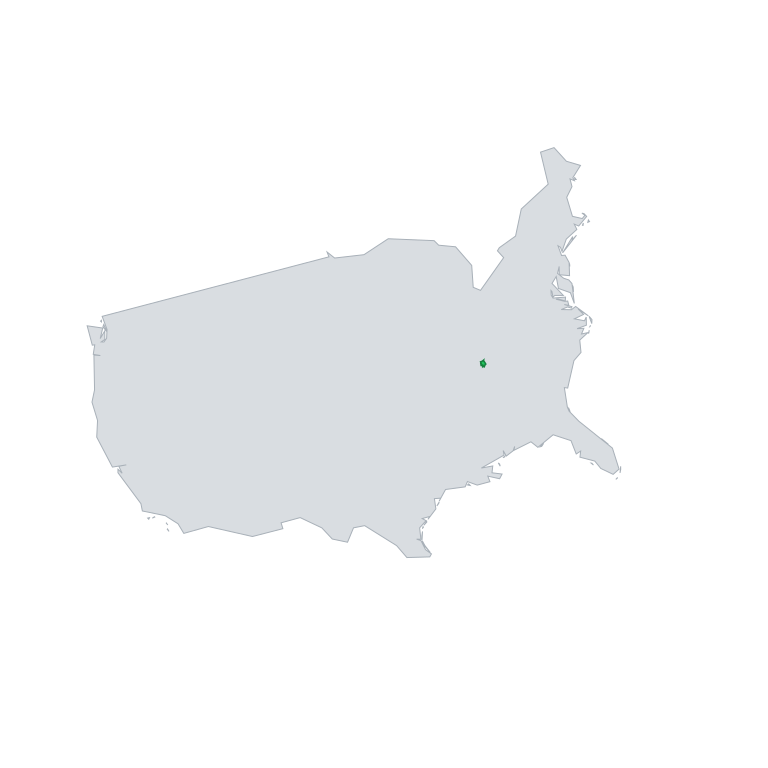 Barren, Kentucky, United States of America shown in context, rotated 331°
{"feature_id": "52423323B4695420785133", "entity_name": "Barren", "entity_type": "district", "adm_level": 2, "iso_a3": "USA", "parent_name": "United States of America", "parent_adm1": "Kentucky", "projection": "orthographic", "projection_center": [-86.003, 36.946], "detail": "fine", "context": "in_parent", "style": "filled", "palette": "green", "viewbox_px": 768, "rotation_deg": 331, "n_neighbors": 0, "source": "geoboundaries", "source_scale": "gbopen_adm2", "svg_char_len": 4390}
<svg xmlns="http://www.w3.org/2000/svg" viewBox="0 0 768 768"><g transform="rotate(331 384 384)"><path d="M588.9,297.5L624.5,288.8L633.3,257.1L647.3,259.7L651.5,277.6L661.8,288.1L649.2,295.1L649.1,298.5L646.1,294.8L644.1,302.5L634.3,309.3L630.1,328.7L637.6,335.4L641.6,333.8L639.9,330.5L641.5,331.9L642.5,335.7L630.9,340.2L627.9,336.4L627.6,342.3L613.7,345.6L604.0,354.3L604.6,350.0L603.2,347.5L601.6,357.7L604.8,359.1L604.8,367.5L598.8,379.2L590.3,373.4L594.2,366.1L589.4,371.4L592.4,378.6L596.1,382.6L597.1,387.3L589.5,405.8L591.3,394.5L582.9,385.0L586.7,373.5L579.7,377.5L583.8,393.5L576.3,389.3L573.9,390.0L575.7,384.7L575.4,383.2L573.3,387.4L573.5,390.8L584.9,396.0L582.8,399.2L577.4,394.0L575.5,393.2L582.2,399.4L584.9,400.5L583.8,404.7L580.2,401.9L585.9,407.5L584.7,408.5L581.9,405.6L575.1,404.8L583.9,409.9L589.2,409.1L595.8,423.5L590.1,412.5L592.3,419.9L582.1,419.3L590.0,425.9L593.3,423.5L589.5,430.7L579.7,429.2L585.8,432.2L581.0,436.0L587.2,437.9L576.5,440.5L571.6,451.9L561.5,455.6L542.7,476.6L540.0,474.6L533.2,493.0L532.7,497.5L536.4,511.1L552.7,550.8L548.3,572.4L540.6,574.1L532.7,563.0L531.0,553.6L519.9,543.0L523.5,538.0L518.2,538.4L520.1,524.2L507.3,510.4L487.9,514.0L484.5,505.8L465.6,505.0L468.0,501.9L464.6,505.0L456.0,506.3L456.0,500.0L454.5,504.4L428.4,504.7L439.4,508.4L435.4,514.0L443.6,520.0L439.2,522.9L430.1,514.9L429.3,520.8L416.5,517.6L409.7,509.8L405.1,513.3L386.7,506.1L375.3,513.3L378.2,511.3L372.5,508.7L368.8,518.4L356.8,523.7L359.6,522.0L352.2,520.2L354.5,523.9L345.4,527.1L341.0,537.7L337.3,535.5L340.4,538.9L340.0,549.0L343.1,555.6L340.2,557.4L319.9,546.9L316.7,531.5L298.4,498.5L287.6,495.0L275.4,504.7L263.6,494.5L259.9,479.7L245.9,460.2L226.7,455.5L225.4,461.5L195.0,453.6L161.3,423.5L136.5,417.6L136.1,406.4L128.9,393.2L111.1,377.9L113.4,370.8L108.3,332.6L110.0,329.6L111.7,335.1L112.2,327.4L119.4,329.8L106.2,325.0L107.0,291.2L115.8,277.0L119.8,258.3L128.0,248.8L144.3,218.1L149.7,221.6L144.1,217.1L150.0,209.5L147.7,208.6L152.6,189.2L165.1,198.7L157.8,206.7L165.5,202.2L161.4,209.7L157.1,210.1L159.4,211.5L163.6,209.5L168.2,202.0L170.3,188.2L397.5,246.1L398.2,241.0L401.9,249.9L429.2,261.2L458.1,259.0L497.3,282.9L499.1,289.1L513.1,298.7L518.2,322.8L508.9,342.7L513.8,348.9L549.9,331.5L547.8,322.5L550.9,320.7L570.8,318.4L588.9,297.5ZM618.5,349.1L624.5,347.2L603.8,355.9L620.5,346.5L618.5,349.1ZM167.7,196.1L167.2,201.9L166.7,202.6L165.9,197.7L167.7,196.1ZM342.8,553.8L340.8,544.6L341.5,539.5L341.4,544.9L342.8,553.8ZM650.8,295.5L651.2,298.3L650.2,297.8L650.8,295.5ZM409.7,512.4L410.2,514.6L408.1,512.8L409.7,512.4ZM116.3,389.0L118.9,388.8L119.0,389.2L116.3,389.0ZM114.1,387.2L112.7,388.2L112.3,386.7L114.1,387.2ZM636.4,339.8L635.0,341.8L634.5,341.4L636.4,339.8ZM343.5,535.1L341.6,538.9L346.2,531.6L343.5,535.1ZM547.9,537.7L551.0,545.5L547.3,537.0L547.9,537.7ZM126.2,400.1L126.6,402.5L126.1,400.2L126.2,400.1ZM549.6,573.5L547.3,576.2L551.1,570.7L549.6,573.5ZM597.1,428.5L595.0,431.9L596.2,424.2L597.1,428.5ZM167.7,191.3L167.0,192.7L166.6,191.6L167.7,191.3ZM354.5,525.5L350.3,526.9L354.7,524.9L354.5,525.5ZM642.3,339.6L642.5,341.6L640.6,341.4L642.3,339.6ZM124.4,405.8L124.5,408.7L124.0,406.0L124.4,405.8ZM349.1,528.3L347.4,529.1L349.0,527.7L349.1,528.3ZM596.5,390.8L594.4,395.3L596.7,389.1L596.5,390.8ZM373.9,515.0L371.1,516.3L375.1,513.9L373.9,515.0ZM533.8,495.1L533.4,498.5L533.0,496.2L533.8,495.1ZM588.1,438.4L587.3,439.1L589.6,436.4L588.1,438.4ZM494.9,513.3L491.7,515.0L490.4,514.7L494.9,513.3ZM454.8,505.7L454.2,506.3L452.3,506.1L454.8,505.7ZM527.4,554.0L527.9,556.4L526.8,553.6L527.4,554.0ZM446.3,510.1L445.8,512.2L445.7,508.4L446.3,510.1ZM542.3,579.5L540.5,579.8L543.0,579.0L542.3,579.5ZM604.5,369.1L603.5,371.3L604.6,368.1L604.5,369.1ZM593.1,432.8L592.1,433.6L591.9,433.6L593.1,432.8Z" fill="#d9dde1" stroke="#a8b0b8" stroke-width="1"/><path d="M478.6,412.9L478.3,413.8L478.0,414.6L477.9,414.9L478.1,415.0L478.2,414.9L478.2,414.7L478.3,414.6L478.3,414.9L478.3,415.0L478.6,415.5L478.6,415.3L478.7,415.1L479.1,415.1L479.0,415.7L479.2,416.1L479.0,416.4L479.3,416.3L479.2,416.5L479.4,416.6L479.2,416.8L479.4,417.0L479.5,416.9L479.8,417.0L480.0,417.2L480.1,417.5L481.9,416.1L482.3,415.9L482.7,415.9L482.6,413.6L482.5,413.3L482.5,412.7L482.5,412.2L482.3,412.2L482.3,411.8L482.4,411.6L482.6,411.4L482.0,411.5L481.4,411.6L480.8,411.7L479.9,411.5L479.2,411.4L479.0,413.0L478.6,412.9Z" fill="#22c55e" stroke="#15803d" stroke-width="1.5"/></g></svg>